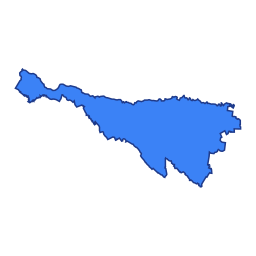 Omealca, Veracruz, Mexico (Natural Earth projection)
{"feature_id": "50627088B94853796766823", "entity_name": "Omealca", "entity_type": "district", "adm_level": 2, "iso_a3": "MEX", "parent_name": "Mexico", "parent_adm1": "Veracruz", "projection": "natural_earth1", "projection_center": [-96.739, 18.709], "detail": "fine", "context": "isolated", "style": "filled", "palette": "blue", "viewbox_px": 256, "rotation_deg": 0, "n_neighbors": 0, "source": "geoboundaries", "source_scale": "gbopen_adm2", "svg_char_len": 5759}
<svg xmlns="http://www.w3.org/2000/svg" viewBox="0 0 256 256"><path d="M201.0,186.9L201.8,186.4L201.7,184.1L206.1,176.8L206.4,177.1L207.0,177.1L208.3,174.6L209.7,172.7L210.7,173.2L211.8,173.3L211.5,169.6L211.2,168.6L210.9,168.4L210.8,168.9L208.7,167.9L209.8,166.1L208.6,165.5L209.1,164.7L207.7,164.6L209.1,156.3L209.4,152.1L210.7,153.2L213.9,153.6L214.8,152.4L216.1,152.2L217.4,151.4L217.6,150.5L218.3,149.5L219.4,150.2L220.1,150.9L221.5,151.2L222.7,151.2L224.5,150.1L225.4,142.7L222.1,142.2L221.0,141.4L220.1,140.3L220.7,137.8L221.8,137.2L220.2,133.5L224.8,130.8L226.5,134.5L228.0,133.6L228.9,131.3L229.8,131.3L229.8,131.7L230.9,131.7L230.8,132.1L234.3,132.1L234.2,128.9L240.6,129.0L240.6,126.9L240.1,126.5L239.9,124.5L240.3,124.4L240.3,120.5L240.0,120.0L238.6,118.8L237.7,119.3L237.1,119.1L237.0,118.5L236.7,118.3L235.8,118.0L235.9,116.9L234.4,116.5L232.7,116.5L232.2,116.1L232.8,111.4L227.4,110.5L227.8,106.6L229.4,106.4L229.5,105.3L233.2,108.0L234.2,105.8L234.2,105.2L233.3,104.6L232.6,105.7L232.1,105.9L230.6,103.9L228.5,103.5L227.4,103.6L227.0,103.0L226.5,102.9L224.1,104.3L223.8,105.2L223.3,105.6L221.5,102.9L221.3,102.9L221.4,105.2L220.9,106.0L220.3,105.9L219.7,104.4L219.2,104.1L218.5,104.2L217.8,105.6L217.1,105.8L216.5,105.0L215.3,104.2L213.0,104.0L211.3,104.1L208.8,103.3L207.6,103.4L207.3,102.2L206.9,102.0L205.1,103.5L204.8,103.5L203.7,102.6L201.4,102.8L200.1,101.0L198.9,100.3L197.7,99.0L197.0,99.8L195.1,100.5L194.1,100.4L192.9,99.5L192.1,100.6L191.1,100.2L190.1,98.2L189.5,97.9L188.7,99.6L188.1,99.8L187.0,98.1L186.4,97.8L185.2,98.0L184.6,97.3L184.1,95.5L183.8,95.5L181.8,97.7L180.3,98.0L179.4,100.3L178.2,99.9L176.7,98.9L177.2,97.5L176.7,96.8L175.3,96.5L173.9,97.1L172.7,96.6L172.0,97.1L171.9,98.1L170.4,98.9L167.0,99.5L165.8,98.9L165.0,98.9L164.9,100.1L163.9,100.9L161.4,100.9L161.1,99.8L159.9,98.9L158.9,99.2L157.9,100.7L156.7,101.0L153.3,100.5L151.9,100.6L149.1,99.7L147.4,100.1L144.5,100.1L143.4,100.9L141.5,101.6L138.1,100.9L136.6,101.9L136.1,102.9L134.8,102.7L134.1,104.3L133.7,104.7L133.0,104.7L131.7,104.0L131.0,103.3L129.4,103.1L128.2,102.4L126.4,102.2L126.3,101.7L126.0,101.7L124.5,102.9L124.0,102.6L123.7,101.8L123.3,101.7L122.3,102.6L121.4,100.5L120.3,99.6L118.5,99.6L117.4,99.9L116.0,99.8L114.0,99.2L111.9,99.1L107.7,97.8L106.2,97.6L105.2,97.2L104.4,96.4L103.4,96.1L100.2,96.5L99.4,97.1L97.9,96.2L96.8,96.5L95.0,96.9L94.9,97.8L92.8,95.8L90.3,96.3L88.2,94.2L85.7,94.0L84.7,93.8L82.8,92.7L82.5,92.9L81.6,92.2L81.6,91.2L81.1,89.7L80.2,89.5L78.7,88.5L76.8,87.9L76.1,87.2L70.5,85.8L68.6,86.4L66.4,86.1L63.0,84.2L61.2,84.2L60.2,84.4L59.5,85.3L58.9,86.8L57.7,88.6L55.2,90.3L52.9,90.5L50.6,89.0L47.2,88.7L46.1,87.6L44.7,87.1L43.9,84.9L44.0,84.3L42.8,83.6L40.7,80.9L40.1,78.8L38.4,77.7L36.9,77.4L36.8,76.5L36.3,75.5L35.7,74.8L34.1,73.9L33.1,73.5L31.4,73.8L29.2,73.4L25.9,70.6L24.8,70.2L23.4,70.2L22.5,69.1L21.9,69.8L22.0,70.6L21.8,71.2L20.8,71.7L19.7,73.0L20.0,75.6L21.1,76.3L21.4,77.3L21.0,78.9L21.2,79.5L20.6,80.3L20.0,80.6L15.4,88.3L18.3,89.6L19.4,91.1L20.4,91.7L19.9,92.1L22.9,94.4L24.0,95.6L24.3,95.8L24.4,94.8L24.8,94.9L24.8,95.2L25.0,95.4L25.5,95.3L26.3,95.8L26.5,95.5L26.8,95.7L26.9,96.1L26.0,96.2L26.9,96.9L27.1,96.4L28.1,96.2L27.9,97.4L28.6,97.4L29.0,98.6L28.7,98.7L28.6,99.2L28.9,99.4L28.5,99.8L29.2,101.1L28.5,101.1L28.0,101.6L29.8,102.7L32.0,101.2L32.3,100.8L32.9,101.5L33.4,100.8L33.2,100.4L33.7,100.8L33.6,100.3L33.8,100.4L34.2,99.9L35.1,100.5L34.9,100.2L36.8,97.8L37.0,98.2L37.9,98.0L38.8,97.4L39.0,97.7L39.6,97.4L40.1,97.6L40.5,97.1L40.3,96.0L40.8,96.5L41.0,96.1L41.3,96.3L41.8,96.1L42.3,95.3L43.0,94.9L43.6,94.9L43.4,95.8L43.7,96.0L43.8,95.6L44.8,95.7L44.9,95.2L45.7,95.5L46.0,96.2L46.2,95.5L46.4,95.5L46.4,96.7L46.9,96.6L50.1,99.1L51.9,99.4L52.4,99.1L54.0,99.1L56.1,99.6L59.4,101.4L60.4,99.4L60.9,98.9L62.0,94.8L62.7,94.8L64.1,96.7L65.9,97.3L66.4,98.1L66.8,99.5L67.5,100.1L68.3,100.4L69.6,100.0L71.3,100.7L73.0,102.3L74.2,100.9L75.0,104.7L76.7,107.0L82.5,104.8L81.9,105.3L82.7,105.9L83.2,105.7L83.5,106.2L84.1,106.4L83.8,106.6L83.9,107.3L83.6,107.4L83.4,108.2L85.5,112.5L86.3,113.5L86.3,115.3L87.8,115.1L88.1,115.3L88.5,116.5L89.2,116.1L89.4,116.9L88.8,117.2L89.2,118.2L89.7,118.0L90.7,119.1L90.9,119.0L91.1,119.9L91.9,120.5L92.0,121.2L92.5,120.9L93.0,122.4L93.6,123.0L93.7,123.6L94.1,123.4L94.3,123.7L94.7,124.7L95.8,123.9L94.7,122.4L95.2,121.6L97.8,124.5L98.8,125.6L99.5,127.1L99.5,130.4L100.1,132.5L102.5,131.7L103.3,132.1L103.8,134.3L105.1,136.1L106.6,137.4L107.8,139.5L112.8,137.0L114.5,137.4L115.5,140.0L116.4,139.4L116.4,139.9L119.4,138.1L121.7,141.2L122.7,140.8L122.6,139.5L123.6,138.8L124.3,138.9L124.8,139.1L126.1,140.6L125.8,141.8L127.4,141.2L132.2,144.1L133.1,144.2L134.2,145.9L135.8,147.2L136.8,147.4L137.0,147.8L138.5,149.3L138.6,149.7L139.4,150.5L140.3,152.4L141.1,153.1L141.4,153.8L140.6,155.8L141.6,157.4L144.1,160.3L145.5,162.6L145.9,162.6L147.0,164.2L149.0,166.0L149.3,166.8L150.5,167.7L152.0,169.3L153.1,168.4L157.9,172.9L158.1,172.6L161.2,174.9L162.2,175.0L163.6,176.9L164.8,177.4L165.0,176.7L166.4,175.2L166.8,174.3L165.8,168.6L164.9,167.9L165.5,166.9L165.2,166.5L165.4,166.1L165.4,158.3L165.6,158.0L166.0,158.6L167.2,158.9L167.5,159.4L169.0,160.6L170.1,161.0L171.1,160.9L171.1,161.4L171.6,162.0L171.6,163.2L172.4,163.6L172.9,164.3L174.2,164.5L173.9,164.9L174.3,165.2L174.1,165.5L174.3,165.9L173.9,166.2L174.5,166.6L174.7,167.9L175.1,168.5L176.8,168.2L177.2,168.9L178.0,169.5L178.6,170.9L179.5,171.2L179.9,172.1L180.3,171.9L181.0,172.7L181.5,172.7L183.2,171.8L183.7,172.1L185.3,173.6L185.3,174.1L185.1,174.3L185.5,174.8L187.8,176.3L187.8,176.9L189.7,179.5L189.6,180.4L190.2,180.5L190.9,180.0L192.4,181.2L193.4,182.5L195.1,183.0L196.4,183.8L197.1,183.9L197.5,183.2L198.9,184.1L198.7,184.9L198.9,185.6L200.0,185.9L200.2,186.7L201.0,186.9Z" fill="#3b82f6" stroke="#1e3a8a" stroke-width="1.5"/></svg>